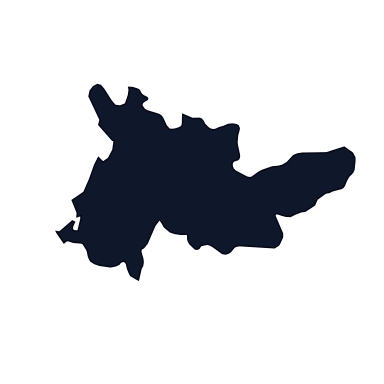 Lezhë, orthographic projection, rotated 26°
{"feature_id": "ALB-1528", "entity_name": "Lezhë", "entity_type": "County", "adm_level": 1, "iso_a3": "ALB", "parent_name": "Albania", "parent_adm1": "", "projection": "orthographic", "projection_center": [19.841, 41.793], "detail": "fine", "context": "isolated", "style": "filled", "palette": "ink", "viewbox_px": 384, "rotation_deg": 26, "n_neighbors": 0, "source": "natural_earth", "source_scale": "10m", "svg_char_len": 2685}
<svg xmlns="http://www.w3.org/2000/svg" viewBox="0 0 384 384"><g transform="rotate(26 192 192)"><path d="M87.5,287.0L90.5,286.1L97.2,270.5L99.5,270.5L99.7,275.5L100.9,278.2L103.3,278.6L106.7,277.0L104.0,264.8L102.4,261.7L99.5,264.6L98.0,260.9L88.0,251.9L95.0,239.6L94.4,225.4L92.7,210.3L92.8,202.1L98.9,204.2L102.2,198.4L102.5,188.8L99.7,180.2L97.6,180.3L78.8,172.4L77.8,167.4L57.5,151.1L56.2,145.6L57.3,140.4L59.9,136.9L63.0,136.4L67.5,138.2L79.0,145.3L84.9,147.9L89.7,146.3L93.6,142.0L92.5,132.8L90.8,127.7L89.3,125.7L92.9,124.2L98.6,123.4L99.8,123.6L100.8,124.2L102.0,125.3L104.0,126.3L106.1,126.8L109.8,126.8L110.9,127.2L111.3,128.1L110.9,129.1L109.8,130.6L108.6,132.8L108.3,134.6L108.9,136.1L110.1,137.0L113.1,138.6L115.8,138.8L128.1,136.9L131.0,137.2L133.7,138.8L139.8,143.8L144.2,145.6L147.2,144.3L150.0,142.3L152.4,139.9L153.6,138.2L154.0,136.7L153.6,134.9L149.7,126.3L160.1,125.8L166.6,122.5L168.7,122.4L171.0,123.5L173.6,125.5L178.8,127.3L181.6,127.4L184.2,126.6L186.0,125.2L188.3,122.3L191.7,119.3L194.9,115.5L198.8,113.1L202.3,112.1L204.5,112.2L206.5,114.1L207.1,116.2L208.0,121.0L210.6,127.7L212.0,129.9L218.5,138.2L219.3,140.2L219.4,141.9L218.7,143.1L215.9,145.8L215.4,147.6L215.7,149.5L217.1,151.6L218.9,153.2L221.9,154.2L234.9,154.6L237.6,153.9L239.4,152.5L243.3,145.1L245.7,141.8L253.2,134.3L258.3,131.2L261.4,128.6L264.6,123.9L267.4,114.7L270.3,111.5L274.2,108.8L295.7,97.9L309.2,85.0L319.2,86.7L323.3,89.8L324.7,92.7L327.7,100.9L327.8,103.6L327.2,106.1L326.2,108.5L325.8,111.7L325.8,115.1L326.1,119.6L325.7,121.8L324.7,123.3L318.3,128.8L316.9,130.3L316.0,131.6L315.1,132.6L314.0,133.2L313.0,134.0L312.0,135.3L307.6,143.6L307.8,150.0L302.2,159.5L298.4,162.2L294.2,166.8L291.2,170.8L287.0,172.6L282.9,173.4L279.4,173.8L277.2,174.5L276.4,175.6L277.0,177.2L291.5,189.7L293.1,192.9L293.3,199.2L293.1,201.9L290.5,206.0L258.1,219.4L255.6,221.2L254.1,223.1L252.8,228.6L251.5,231.0L249.3,233.0L246.2,233.9L234.5,231.8L230.9,231.7L228.7,232.2L224.6,235.3L223.5,236.3L223.2,237.5L223.1,239.2L221.9,241.1L219.8,241.8L212.9,239.6L210.6,238.1L209.2,236.7L207.1,232.7L206.1,232.0L200.8,234.8L194.7,236.7L189.9,237.4L182.5,235.5L178.6,232.8L175.9,231.4L174.7,231.0L173.3,238.6L174.2,257.8L172.9,263.5L171.9,264.7L171.4,266.3L172.1,268.2L177.2,273.9L178.8,276.5L179.9,279.9L179.7,283.2L182.4,294.6L173.5,294.0L171.0,292.1L167.8,289.2L164.8,285.4L162.9,284.2L161.2,284.1L159.2,285.5L158.4,287.2L158.0,289.0L155.7,291.8L151.5,295.0L140.9,298.4L135.6,299.0L131.3,298.5L128.9,296.8L127.0,295.0L124.2,291.3L122.7,289.9L116.9,286.3L115.0,286.2L107.4,289.2L102.3,289.9L101.1,290.4L100.4,291.1L99.2,293.8L88.5,287.8L87.5,287.0Z" fill="#0f172a" stroke="#020617" stroke-width="1.5"/></g></svg>